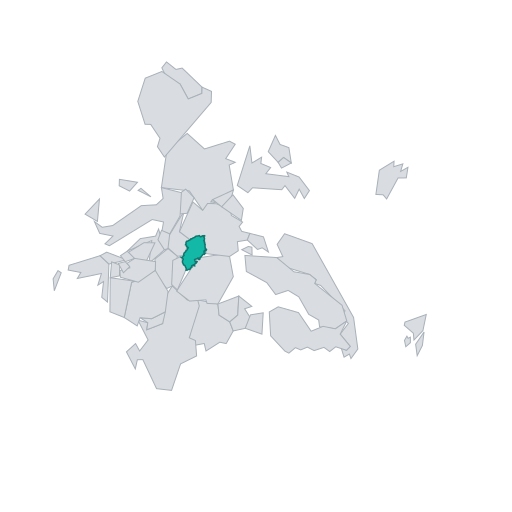 location of Czechia within Europe, rotated 108°
{"feature_id": "CZE", "entity_name": "Czechia", "entity_type": "country or territory", "adm_level": 0, "iso_a3": "CZE", "parent_name": "Europe", "parent_adm1": "", "projection": "albers", "projection_center": [15.441, 49.807], "detail": "fine", "context": "in_parent", "style": "filled", "palette": "teal", "viewbox_px": 512, "rotation_deg": 108, "n_neighbors": 37, "source": "natural_earth", "source_scale": "50m", "svg_char_len": 10230}
<svg xmlns="http://www.w3.org/2000/svg" viewBox="0 0 512 512"><g transform="rotate(108 256 256)"><path d="M259.0,76.0L275.4,74.2L287.1,79.8L280.8,82.5L276.1,93.6L272.8,93.9L259.0,76.0ZM325.0,141.0L317.2,146.5L317.7,140.8L312.9,138.4L304.3,151.8L291.6,147.3L287.3,155.3L280.6,154.4L264.0,185.5L264.0,191.7L260.0,191.4L257.0,199.3L257.4,225.1L251.1,235.8L248.3,230.3L238.4,239.5L226.0,235.7L226.9,206.4L284.3,144.2L313.0,130.4L324.2,134.0L320.4,136.9L325.0,141.0ZM301.0,71.9L290.6,76.9L276.3,72.7L289.7,70.1L301.0,71.9ZM296.0,85.5L290.4,88.7L285.6,87.7L287.3,85.9L285.5,84.1L290.8,82.4L296.0,85.5Z" fill="#d9dde1" stroke="#a8b0b8" stroke-width="1"/><path d="M200.2,297.9L229.1,320.8L214.7,339.5L220.2,367.1L182.5,373.5L160.7,359.3L170.1,338.1L155.0,316.7L156.1,310.3L172.8,314.9L173.3,304.7L177.8,309.6L200.2,297.9ZM227.2,386.3L232.2,374.2L230.0,388.4L227.2,386.3Z" fill="#d9dde1" stroke="#a8b0b8" stroke-width="1"/><path d="M251.1,235.8L259.3,215.1L257.0,199.3L260.0,191.4L264.0,191.7L276.3,158.9L289.7,149.6L300.7,158.0L303.8,173.6L297.5,176.6L295.2,187.8L281.6,202.7L278.8,214.8L286.6,225.4L278.0,237.5L273.7,260.4L258.9,266.7L251.1,235.8Z" fill="#d9dde1" stroke="#a8b0b8" stroke-width="1"/><path d="M334.3,254.5L348.5,257.3L349.2,263.8L361.8,274.2L355.2,278.2L359.5,286.0L354.4,294.2L315.8,297.9L313.4,277.4L323.6,272.9L326.8,260.6L334.3,254.5Z" fill="#d9dde1" stroke="#a8b0b8" stroke-width="1"/><path d="M391.3,336.8L400.7,335.9L387.2,349.6L376.5,343.5L382.3,337.3L369.2,332.7L353.5,348.4L352.9,338.3L359.9,337.1L349.1,323.9L327.4,330.7L310.4,326.4L319.1,307.7L315.8,297.9L321.1,294.5L354.4,294.2L355.1,287.5L369.4,281.6L381.9,294.4L409.9,294.8L412.9,309.6L389.5,331.6L391.3,336.8Z" fill="#d9dde1" stroke="#a8b0b8" stroke-width="1"/><path d="M313.4,277.4L316.2,287.9L313.2,290.1L319.4,305.2L313.9,320.7L275.7,310.4L264.2,287.8L264.6,281.0L282.7,271.2L313.4,277.4Z" fill="#d9dde1" stroke="#a8b0b8" stroke-width="1"/><path d="M280.6,330.7L275.0,343.5L266.6,345.7L235.7,338.3L256.5,336.3L260.8,324.0L277.7,324.9L280.6,330.7Z" fill="#d9dde1" stroke="#a8b0b8" stroke-width="1"/><path d="M310.4,326.4L314.5,330.8L305.6,345.4L290.1,351.2L276.1,342.0L280.6,330.7L310.4,326.4Z" fill="#d9dde1" stroke="#a8b0b8" stroke-width="1"/><path d="M337.1,325.0L349.1,323.9L359.9,337.1L352.9,338.3L350.5,347.2L347.9,335.9L337.1,325.0Z" fill="#d9dde1" stroke="#a8b0b8" stroke-width="1"/><path d="M350.5,347.2L359.2,347.4L355.2,362.3L319.5,366.2L300.8,347.4L316.9,328.7L337.1,325.0L347.9,335.9L350.5,347.2Z" fill="#d9dde1" stroke="#a8b0b8" stroke-width="1"/><path d="M326.8,260.6L323.6,272.9L313.4,277.4L299.4,260.0L317.8,255.1L326.8,260.6Z" fill="#d9dde1" stroke="#a8b0b8" stroke-width="1"/><path d="M328.1,243.9L334.3,254.5L326.8,260.6L317.8,255.1L299.4,260.0L305.2,244.4L309.7,250.5L317.5,241.1L328.1,243.9Z" fill="#d9dde1" stroke="#a8b0b8" stroke-width="1"/><path d="M328.5,226.2L328.1,243.9L313.7,243.1L307.8,231.6L328.5,226.2Z" fill="#d9dde1" stroke="#a8b0b8" stroke-width="1"/><path d="M264.6,281.0L269.2,304.4L253.5,311.5L260.8,324.0L256.5,336.3L224.1,332.7L229.1,320.8L221.0,318.3L218.5,309.7L220.1,294.6L225.1,291.9L227.9,279.2L233.1,281.2L237.0,277.2L236.4,268.8L243.5,269.2L248.1,278.1L256.5,274.5L264.6,281.0Z" fill="#d9dde1" stroke="#a8b0b8" stroke-width="1"/><path d="M317.3,362.8L319.5,366.2L355.2,362.3L354.2,377.7L321.7,387.9L317.3,362.8Z" fill="#d9dde1" stroke="#a8b0b8" stroke-width="1"/><path d="M351.4,437.1L340.4,441.9L331.1,439.8L332.1,436.1L351.4,437.1ZM309.1,393.4L345.7,383.0L343.0,389.9L327.4,393.1L332.6,397.4L320.4,397.6L332.6,419.0L325.8,417.5L327.4,430.3L322.6,430.9L303.9,404.4L309.1,393.4Z" fill="#d9dde1" stroke="#a8b0b8" stroke-width="1"/><path d="M309.1,393.4L303.9,404.4L298.5,399.2L299.6,377.8L309.1,393.4Z" fill="#d9dde1" stroke="#a8b0b8" stroke-width="1"/><path d="M278.4,345.0L296.1,355.6L273.5,359.9L291.2,380.0L275.2,371.4L268.1,357.6L260.4,357.0L278.4,345.0Z" fill="#d9dde1" stroke="#a8b0b8" stroke-width="1"/><path d="M236.7,334.7L240.6,344.2L221.2,348.7L214.1,343.5L219.7,332.9L236.7,334.7Z" fill="#d9dde1" stroke="#a8b0b8" stroke-width="1"/><path d="M217.0,309.9L218.5,315.7L215.7,314.7L217.0,309.9Z" fill="#d9dde1" stroke="#a8b0b8" stroke-width="1"/><path d="M219.8,303.9L215.7,314.7L200.2,297.9L214.1,297.2L219.8,303.9Z" fill="#d9dde1" stroke="#a8b0b8" stroke-width="1"/><path d="M226.7,280.9L219.8,303.9L204.9,296.9L214.7,282.8L226.7,280.9Z" fill="#d9dde1" stroke="#a8b0b8" stroke-width="1"/><path d="M112.1,359.5L118.1,357.7L127.6,369.0L115.9,381.4L115.0,395.3L106.1,403.7L99.1,401.1L103.3,389.8L100.1,384.3L112.1,359.5Z" fill="#d9dde1" stroke="#a8b0b8" stroke-width="1"/><path d="M109.6,402.5L115.9,381.4L127.6,369.0L118.1,357.7L112.1,359.5L113.2,349.2L123.8,346.1L190.2,373.7L182.5,383.5L173.7,383.7L163.4,396.8L165.0,402.2L145.5,416.2L121.1,416.3L109.6,402.5Z" fill="#d9dde1" stroke="#a8b0b8" stroke-width="1"/><path d="M160.1,263.9L153.0,276.6L135.3,274.8L142.5,267.6L142.8,258.2L156.6,251.2L153.8,260.2L160.1,263.9Z" fill="#d9dde1" stroke="#a8b0b8" stroke-width="1"/><path d="M241.3,340.6L261.6,344.9L262.2,353.0L252.2,354.5L253.4,366.0L291.5,398.6L291.1,403.4L281.2,398.2L282.8,411.6L273.2,420.3L276.2,411.1L271.3,401.7L243.6,380.7L238.1,366.6L230.0,362.1L220.2,367.1L218.8,346.5L241.3,340.6ZM250.1,422.5L272.1,417.5L269.0,431.5L250.1,422.5ZM222.5,391.5L233.3,396.3L231.5,407.8L225.3,409.6L222.5,391.5Z" fill="#d9dde1" stroke="#a8b0b8" stroke-width="1"/><path d="M243.5,269.2L236.4,268.8L235.5,254.8L248.4,245.4L246.3,252.6L249.3,256.6L243.5,269.2ZM256.3,260.0L254.4,271.5L249.3,266.2L248.9,262.6L256.3,260.0Z" fill="#d9dde1" stroke="#a8b0b8" stroke-width="1"/><path d="M160.1,263.9L153.8,260.2L156.6,251.2L164.5,258.9L160.1,263.9ZM174.7,272.1L170.4,249.3L166.7,252.6L167.6,239.4L177.3,225.4L186.4,227.8L179.1,235.6L189.2,237.0L180.1,250.2L185.0,252.0L192.2,280.4L198.3,283.3L194.7,295.6L153.1,295.9L168.8,288.6L160.3,281.2L166.5,280.0L167.4,269.4L174.7,272.1Z" fill="#d9dde1" stroke="#a8b0b8" stroke-width="1"/><path d="M161.4,149.4L158.5,154.0L160.4,161.0L136.3,165.2L123.2,154.0L128.5,152.6L123.0,144.8L130.9,144.6L124.7,138.9L135.3,137.2L137.9,145.0L161.4,149.4Z" fill="#d9dde1" stroke="#a8b0b8" stroke-width="1"/><path d="M261.6,344.9L276.1,342.0L278.4,345.0L270.8,354.3L260.8,353.8L261.6,344.9Z" fill="#d9dde1" stroke="#a8b0b8" stroke-width="1"/><path d="M317.7,140.8L317.7,152.1L324.1,156.4L321.9,163.1L328.0,171.5L326.8,179.0L331.5,184.5L331.0,190.2L338.2,194.7L337.5,199.2L327.4,217.4L305.1,226.1L297.5,219.2L296.7,198.1L310.5,180.3L302.2,170.5L300.7,158.0L289.7,149.6L304.3,151.8L312.9,138.4L317.7,140.8Z" fill="#d9dde1" stroke="#a8b0b8" stroke-width="1"/><path d="M312.6,320.3L309.2,327.4L285.9,333.8L279.9,327.6L289.4,318.3L312.6,320.3Z" fill="#d9dde1" stroke="#a8b0b8" stroke-width="1"/><path d="M291.9,378.5L278.0,366.7L274.7,356.2L296.2,358.9L297.3,370.2L291.9,378.5Z" fill="#d9dde1" stroke="#a8b0b8" stroke-width="1"/><path d="M317.1,379.7L321.7,387.9L306.2,391.5L306.7,382.9L317.1,379.7Z" fill="#d9dde1" stroke="#a8b0b8" stroke-width="1"/><path d="M292.4,349.8L300.8,347.4L317.3,359.8L318.1,378.4L311.9,380.9L306.2,372.3L302.9,376.5L295.8,370.7L292.4,349.8Z" fill="#d9dde1" stroke="#a8b0b8" stroke-width="1"/><path d="M301.8,378.6L297.6,385.0L291.2,380.0L295.8,370.7L301.8,378.6Z" fill="#d9dde1" stroke="#a8b0b8" stroke-width="1"/><path d="M305.6,384.7L301.8,378.6L305.1,372.8L312.9,376.9L305.6,384.7Z" fill="#d9dde1" stroke="#a8b0b8" stroke-width="1"/><path d="M291.0,318.1L290.8,318.1L290.5,318.2L290.1,318.3L289.6,318.3L289.3,318.6L288.9,319.0L288.6,319.2L288.4,319.5L287.2,320.5L287.0,320.8L286.9,321.2L286.9,321.7L286.8,322.2L286.6,322.4L286.0,322.7L285.8,322.8L285.7,323.0L285.4,323.4L285.0,323.8L284.2,324.2L283.4,324.4L282.3,324.3L281.7,324.1L281.4,324.3L281.0,324.9L280.5,325.8L280.3,326.5L280.2,326.3L279.9,325.6L279.6,325.5L279.2,325.4L278.9,325.3L278.3,324.9L277.9,324.8L277.5,324.7L277.2,325.0L276.9,325.3L276.1,325.3L275.1,325.2L273.7,324.2L273.4,324.2L273.0,324.3L272.4,324.0L271.3,323.4L270.8,323.3L270.4,323.3L270.1,323.5L269.9,323.5L269.8,323.3L269.3,323.0L268.9,323.0L268.6,324.5L268.5,325.0L267.9,325.0L267.7,325.2L267.2,325.9L267.1,326.5L266.3,326.4L266.0,326.3L265.6,326.4L265.2,326.7L264.2,326.7L263.4,326.5L263.1,325.7L262.7,325.3L262.2,325.0L261.8,324.5L261.3,324.0L260.5,323.2L259.9,323.3L259.7,323.1L259.6,322.8L259.4,322.3L259.1,322.0L258.7,321.8L258.2,321.4L257.6,320.5L257.0,319.9L256.4,319.8L256.0,319.5L255.7,319.1L255.4,318.6L255.0,317.6L254.7,317.0L254.5,316.7L254.2,316.4L254.1,316.1L254.5,315.6L254.6,315.4L254.8,315.2L254.9,314.9L254.6,314.2L254.2,313.9L253.6,313.4L253.2,312.9L253.1,312.5L253.1,312.2L252.8,311.9L252.6,311.4L252.6,311.1L252.9,311.0L253.1,311.2L253.4,311.6L253.6,312.2L253.8,312.0L254.1,311.4L254.7,310.8L255.2,310.4L255.7,310.4L256.1,310.3L256.5,310.1L257.0,310.2L257.5,310.4L257.8,309.9L257.9,309.6L258.8,309.5L259.2,308.9L259.3,308.9L259.5,308.8L259.8,308.6L260.1,308.7L260.3,308.7L260.5,308.6L260.8,307.9L261.0,307.8L261.8,307.8L262.9,307.4L263.5,307.0L264.0,306.9L264.6,306.5L265.5,306.2L265.2,305.7L264.9,305.3L265.1,305.1L265.3,305.0L265.6,305.1L266.3,305.2L266.5,305.4L266.6,305.7L266.8,306.1L267.0,306.1L266.9,306.6L267.2,306.8L267.5,307.0L267.8,306.9L267.9,306.7L268.0,306.6L268.5,306.6L269.0,306.4L269.0,306.0L269.0,305.3L269.0,305.2L269.8,305.4L270.5,305.7L270.6,306.4L270.8,306.7L271.0,307.0L271.3,307.2L271.6,307.2L272.7,307.6L273.1,307.7L273.6,307.9L274.1,308.2L274.4,308.3L274.5,308.6L274.7,308.8L275.0,308.6L276.2,308.4L276.7,308.7L277.0,309.0L276.9,309.4L276.8,309.6L276.7,309.7L276.2,309.9L276.0,310.2L275.8,310.4L276.0,310.7L276.3,310.9L276.5,310.9L276.6,311.1L277.4,312.0L278.1,313.1L278.3,313.2L278.5,313.3L278.8,313.1L279.1,312.7L279.4,312.5L279.7,312.3L280.3,312.0L280.3,311.8L279.8,311.1L279.6,310.5L279.6,310.3L280.2,310.4L281.2,310.7L282.7,311.8L282.9,311.8L283.4,311.7L284.0,311.5L284.3,311.3L284.5,312.0L284.3,312.3L283.7,312.6L283.7,312.8L283.9,313.0L284.2,313.1L284.6,313.5L284.9,313.9L285.1,314.1L285.3,314.2L285.9,314.0L286.1,313.8L286.2,313.6L286.3,313.7L286.5,313.9L286.6,314.0L287.2,314.2L287.6,314.5L287.8,314.6L288.0,314.5L289.0,314.7L289.3,314.9L289.4,315.2L289.3,315.4L289.5,316.0L290.8,317.2L290.9,317.8L291.0,318.1Z" fill="#14b8a6" stroke="#0f766e" stroke-width="1.5"/></g></svg>